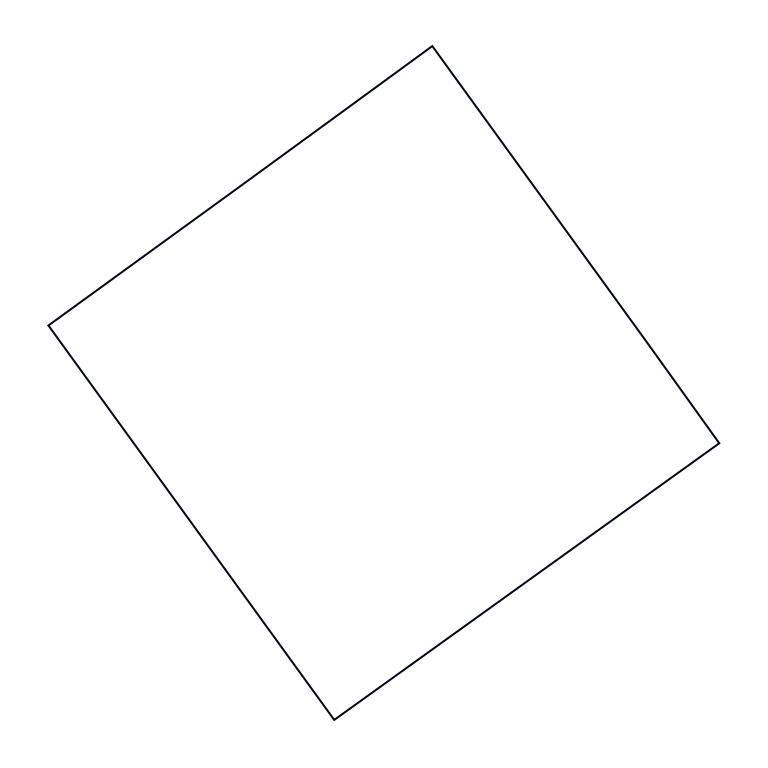 Butler, Iowa, United States of America (Equal Earth projection), rotated 234°
{"feature_id": "52423323B94920072587023", "entity_name": "Butler", "entity_type": "district", "adm_level": 2, "iso_a3": "USA", "parent_name": "United States of America", "parent_adm1": "Iowa", "projection": "equal_earth", "projection_center": [-92.775, 42.732], "detail": "fine", "context": "isolated", "style": "outline", "palette": "ink", "viewbox_px": 768, "rotation_deg": 234, "n_neighbors": 0, "source": "geoboundaries", "source_scale": "gbopen_adm2", "svg_char_len": 262}
<svg xmlns="http://www.w3.org/2000/svg" viewBox="0 0 768 768"><g transform="rotate(234 384 384)"><path d="M141.5,146.3L139.0,620.4L262.4,621.2L629.0,621.7L628.7,504.7L628.5,385.9L628.6,146.9L141.5,146.3Z" fill="none" stroke="#020617" stroke-width="2"/></g></svg>